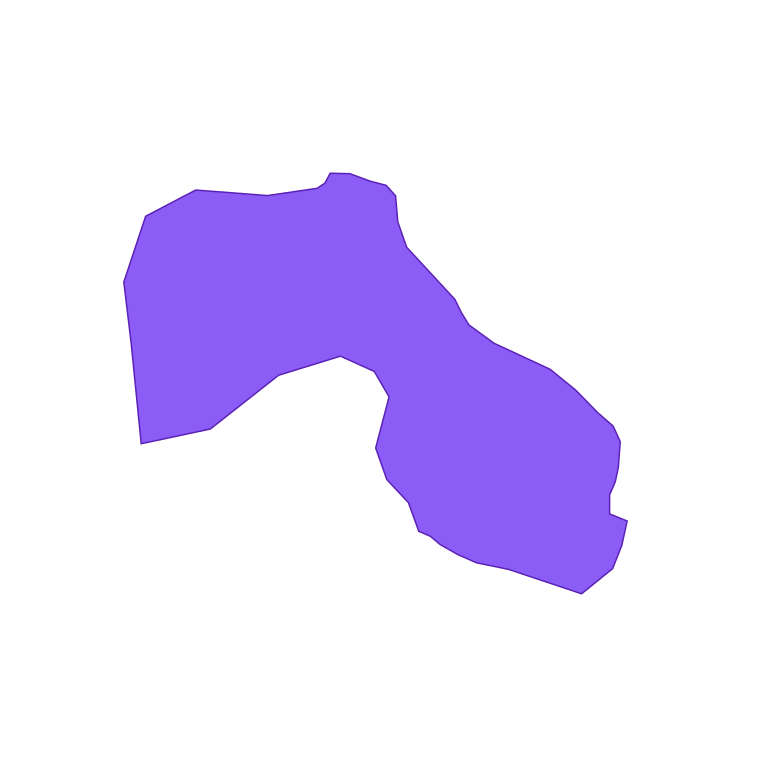 map outline of Batman (Albers equal-area conic projection), rotated 120°
{"feature_id": "TUR-3042", "entity_name": "Batman", "entity_type": "Province", "adm_level": 1, "iso_a3": "TUR", "parent_name": "Turkey", "parent_adm1": "", "projection": "albers", "projection_center": [41.379, 38.036], "detail": "fine", "context": "isolated", "style": "filled", "palette": "violet", "viewbox_px": 768, "rotation_deg": 120, "n_neighbors": 0, "source": "natural_earth", "source_scale": "10m", "svg_char_len": 733}
<svg xmlns="http://www.w3.org/2000/svg" viewBox="0 0 768 768"><g transform="rotate(120 384 384)"><path d="M381.1,104.9L405.1,97.3L429.6,93.7L466.9,108.0L482.3,183.6L492.6,214.4L494.8,234.5L495.0,255.0L492.7,267.7L494.2,280.2L474.5,303.6L465.4,333.7L443.6,359.2L392.6,373.2L378.0,398.7L381.7,435.7L429.2,479.7L509.8,511.9L557.1,564.4L475.3,623.2L425.8,660.3L357.9,674.3L310.2,644.1L279.1,579.2L248.0,539.8L239.6,535.6L228.4,536.0L218.9,518.7L215.3,497.6L210.9,481.5L215.2,468.1L236.6,453.2L254.2,432.8L275.3,364.9L283.4,352.8L290.4,339.9L293.7,308.9L288.2,247.4L293.4,215.2L302.0,184.4L305.9,164.5L315.8,150.6L338.9,139.4L353.2,134.8L367.1,133.2L383.7,123.7L381.1,104.9Z" fill="#8b5cf6" stroke="#5b21b6" stroke-width="1.5"/></g></svg>